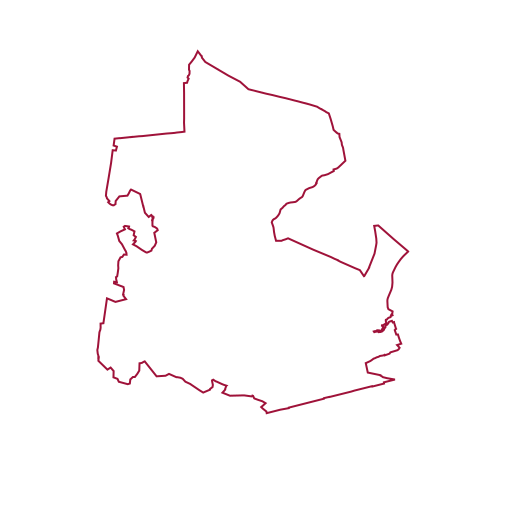 the district of Naudītes pag., Dobele, Latvia, rotated 22°
{"feature_id": "27541924B70535382823435", "entity_name": "Naudītes pag.", "entity_type": "district", "adm_level": 2, "iso_a3": "LVA", "parent_name": "Latvia", "parent_adm1": "Dobele", "projection": "mercator", "projection_center": [23.169, 56.558], "detail": "fine", "context": "isolated", "style": "outline", "palette": "rose", "viewbox_px": 512, "rotation_deg": 22, "n_neighbors": 0, "source": "geoboundaries", "source_scale": "gbopen_adm2", "svg_char_len": 6056}
<svg xmlns="http://www.w3.org/2000/svg" viewBox="0 0 512 512"><g transform="rotate(22 256 256)"><path d="M137.2,376.9L138.8,380.7L139.3,382.8L139.3,384.1L139.4,385.4L141.5,392.5L143.7,400.1L144.1,402.6L145.9,405.9L147.2,407.5L148.0,409.6L148.3,409.3L149.1,412.2L160.8,417.0L163.0,413.9L167.1,416.0L169.3,421.9L173.6,421.8L175.9,424.0L185.1,422.9L186.8,421.5L185.7,417.5L186.1,416.7L187.2,414.3L189.0,413.6L190.1,409.7L190.7,406.0L188.2,399.1L189.1,398.6L190.4,397.7L191.4,396.3L192.3,395.4L208.9,404.8L217.0,400.9L219.5,397.9L227.6,398.2L228.2,397.9L231.5,397.2L234.0,397.3L237.6,399.0L243.2,399.3L243.3,399.4L254.1,401.7L258.2,402.4L261.4,399.2L263.4,397.2L263.2,396.5L264.8,393.8L264.3,391.7L262.3,388.7L261.8,387.8L262.7,386.7L265.5,387.3L266.4,387.2L272.4,387.5L274.5,387.5L277.2,387.3L277.1,387.5L277.2,391.0L277.5,391.4L276.1,395.3L284.2,395.3L294.8,390.7L297.5,389.6L304.6,387.8L305.0,387.2L305.0,386.8L305.7,386.8L307.6,388.6L307.8,388.7L311.7,388.6L316.3,388.3L320.0,388.9L318.6,391.8L317.4,394.1L319.3,394.9L323.9,396.3L324.8,397.7L336.1,389.4L343.4,384.8L343.2,384.3L372.4,362.9L372.2,362.4L373.7,361.3L376.7,359.2L376.8,359.3L380.4,356.7L395.0,346.1L397.7,343.9L412.4,333.2L412.7,333.5L422.5,326.3L421.9,325.2L431.1,318.5L423.2,320.2L419.0,320.8L418.1,320.5L416.1,320.2L416.0,319.9L403.3,322.2L397.9,314.2L398.6,313.5L401.4,310.5L402.5,308.8L403.5,307.1L404.3,306.5L405.9,304.7L407.2,303.7L407.9,302.9L408.3,302.3L411.3,300.5L412.2,299.5L412.6,299.9L416.4,296.5L416.7,295.0L422.4,290.4L422.8,289.8L423.2,289.0L423.4,288.3L423.5,287.3L420.2,285.7L423.5,282.9L421.6,281.0L419.1,278.2L417.0,275.6L415.5,276.3L412.4,272.7L413.2,271.1L412.6,270.7L412.4,270.2L408.8,265.8L408.7,265.6L407.7,266.4L406.3,265.2L404.3,266.9L403.8,267.6L403.9,268.6L403.4,270.5L402.8,271.1L402.2,271.4L402.1,271.8L402.7,273.6L402.1,275.4L402.3,276.2L402.0,277.2L401.6,277.6L401.4,278.4L401.1,278.8L399.9,279.8L399.4,280.0L398.2,280.7L397.9,280.6L397.5,280.3L396.7,280.6L395.9,281.1L395.3,281.3L395.0,281.7L394.2,282.3L393.5,281.8L394.4,281.1L395.3,280.8L396.1,279.5L398.0,278.8L399.1,279.0L400.1,278.3L400.5,275.4L401.1,274.2L398.9,273.5L398.8,273.0L399.7,272.6L401.3,270.4L401.8,270.2L402.0,269.9L401.9,269.3L401.7,268.8L401.2,268.5L400.3,266.8L400.3,266.5L401.2,265.8L401.4,264.9L401.8,264.0L402.3,263.4L403.4,262.5L403.7,262.0L403.5,261.3L403.4,261.0L403.6,260.4L403.4,259.7L403.5,259.4L404.0,259.9L404.4,260.2L404.8,259.8L404.1,259.1L403.4,256.2L398.7,255.7L397.3,254.2L394.6,248.4L394.2,247.1L394.0,245.6L394.0,243.0L394.1,236.6L394.0,235.7L393.8,234.0L393.6,233.1L392.5,229.5L391.7,227.7L389.6,223.0L389.2,221.5L389.1,220.0L389.5,214.0L389.9,211.0L390.5,208.2L391.4,204.6L392.5,201.4L393.3,199.5L395.4,194.9L394.9,194.6L377.1,188.7L357.9,181.9L354.3,183.8L357.1,188.2L361.0,194.8L362.8,198.6L363.4,201.2L365.0,209.4L365.1,224.4L365.3,224.5L363.9,234.1L363.7,234.3L357.6,230.2L352.6,230.2L336.4,229.7L333.5,229.4L333.5,229.2L330.0,229.2L325.9,228.9L306.8,228.7L279.1,227.6L277.1,229.5L274.9,231.3L273.9,232.4L268.9,234.4L265.9,230.4L263.8,227.1L262.0,223.8L261.4,222.8L260.4,221.6L258.0,218.9L258.0,217.1L258.2,216.2L258.7,215.2L259.7,214.1L260.2,213.3L260.9,211.6L261.4,210.0L261.8,207.8L261.7,206.3L261.4,203.9L261.4,203.6L261.6,203.2L262.5,201.5L263.2,199.4L264.2,197.7L264.6,196.3L264.9,195.9L266.5,194.5L268.2,193.3L268.9,193.0L272.1,191.2L272.7,190.6L273.3,189.7L274.5,187.2L275.4,185.7L276.5,184.2L276.7,183.8L276.8,183.2L276.9,182.6L276.9,178.7L277.0,177.5L277.1,176.6L277.4,176.0L279.9,173.1L282.5,171.0L283.2,170.2L283.9,169.2L284.3,168.3L284.6,167.6L284.9,165.8L284.4,165.7L284.5,164.4L284.4,162.9L284.5,162.0L284.5,161.6L285.0,160.3L286.8,157.2L287.2,156.7L289.3,155.4L292.0,153.2L296.3,148.0L295.5,146.7L298.1,144.7L299.1,143.2L303.2,134.2L297.1,124.6L296.4,123.4L295.8,122.6L294.4,121.2L293.8,120.4L292.8,118.5L288.9,114.4L287.5,111.5L286.7,111.7L286.2,111.8L285.2,111.6L284.5,111.3L284.4,111.4L280.7,110.0L278.6,107.0L273.9,101.0L270.1,96.5L267.3,96.3L265.7,95.9L263.2,95.6L262.3,95.4L262.3,95.5L259.5,95.2L256.7,94.7L248.8,95.4L224.3,98.6L218.2,99.6L211.0,100.6L204.6,101.7L186.5,104.2L176.0,100.4L162.8,99.1L136.3,95.1L131.6,92.4L130.8,91.0L130.4,91.0L125.3,88.0L124.8,95.0L123.5,99.9L122.3,103.7L124.1,108.4L125.1,109.3L126.1,112.0L126.0,113.8L125.5,114.6L125.7,116.2L127.1,116.8L127.0,119.5L127.2,121.2L124.4,122.7L128.3,131.9L137.8,155.3L139.3,159.3L143.1,167.5L140.5,169.0L136.3,171.2L134.5,172.3L131.6,173.8L127.3,175.9L105.5,187.5L102.7,188.8L96.1,192.3L96.1,192.2L92.4,194.2L85.8,197.7L85.2,197.9L80.9,200.2L82.6,206.9L86.1,206.7L86.6,210.7L83.5,211.6L86.8,224.1L90.3,239.7L93.1,252.5L94.3,256.4L95.7,257.6L96.2,258.4L99.5,260.0L98.8,261.5L100.7,262.3L102.7,262.7L104.5,262.6L105.2,262.2L105.4,261.7L106.3,260.6L105.3,257.6L107.0,251.9L114.2,248.2L114.6,245.5L114.8,242.5L115.1,241.4L115.2,241.2L125.3,241.9L125.6,242.2L132.9,252.3L133.0,252.2L136.8,257.5L141.9,260.0L143.5,257.2L144.2,257.5L144.3,257.7L144.7,258.0L145.1,258.0L144.9,258.2L145.1,258.5L145.3,258.3L145.7,258.4L146.0,259.1L146.5,259.1L146.4,259.6L146.7,259.5L146.7,260.0L146.6,260.3L146.1,260.7L146.2,261.2L146.5,261.5L146.3,261.9L146.4,262.1L147.0,262.3L147.0,262.7L148.6,266.6L149.0,267.0L149.3,267.1L151.2,267.0L153.7,267.5L154.6,268.1L154.9,268.6L155.2,268.9L153.0,272.6L158.4,280.7L158.3,284.4L156.8,288.3L157.0,290.2L155.2,292.2L153.6,293.7L152.5,293.8L147.9,293.1L141.6,291.7L137.6,291.3L138.9,287.9L139.0,287.2L137.7,287.1L136.9,287.3L137.3,285.9L137.5,283.3L134.8,282.6L134.1,278.7L131.5,278.4L130.0,278.3L128.7,278.4L127.2,278.1L127.4,276.5L127.3,276.2L123.2,277.2L122.4,278.4L124.5,280.4L121.2,283.9L118.6,287.2L120.3,289.0L123.6,293.3L127.3,295.3L132.3,299.5L133.3,300.2L134.7,301.7L135.5,303.3L133.0,304.1L132.4,306.9L130.9,308.0L130.4,312.4L131.7,316.3L133.0,319.0L134.2,323.7L134.9,326.9L134.1,328.1L134.5,328.7L134.9,329.7L136.8,332.4L134.1,333.0L134.6,334.6L144.8,334.4L146.4,336.9L147.2,341.6L147.8,341.6L148.1,342.6L151.7,344.7L142.9,351.2L140.6,351.2L138.1,351.1L133.7,351.1L139.7,375.5L137.2,376.9Z" fill="none" stroke="#9f1239" stroke-width="2"/></g></svg>